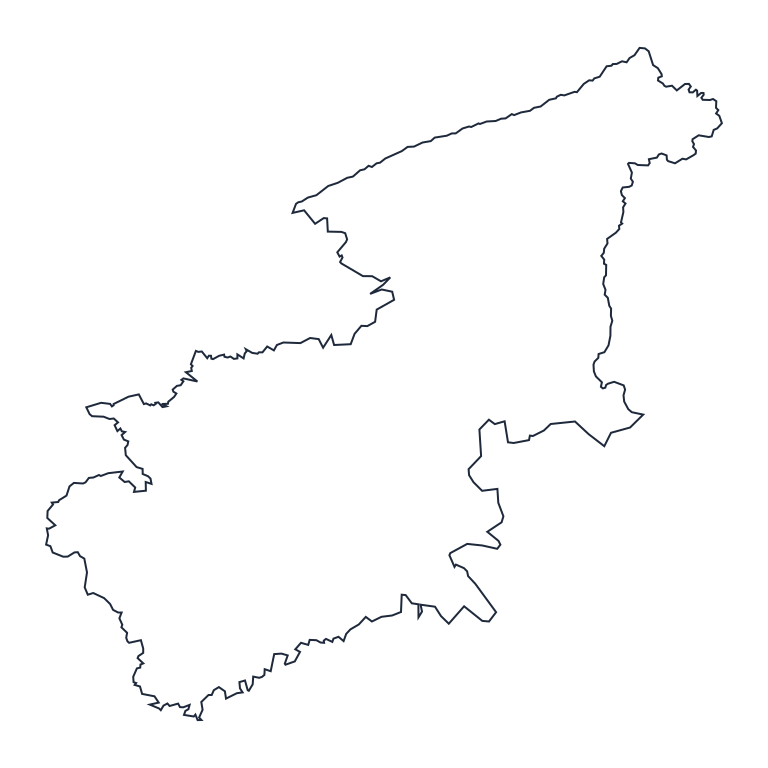 outline of Namakwa, Northern Cape, South Africa, rotated 90°
{"feature_id": "47623444B2552562251298", "entity_name": "Namakwa", "entity_type": "district", "adm_level": 2, "iso_a3": "ZAF", "parent_name": "South Africa", "parent_adm1": "Northern Cape", "projection": "albers", "projection_center": [17.588, -30.489], "detail": "fine", "context": "isolated", "style": "outline", "palette": "slate", "viewbox_px": 768, "rotation_deg": 90, "n_neighbors": 0, "source": "geoboundaries", "source_scale": "gbopen_adm2", "svg_char_len": 6076}
<svg xmlns="http://www.w3.org/2000/svg" viewBox="0 0 768 768"><g transform="rotate(90 384 384)"><path d="M511.0,720.4L518.0,720.7L525.3,712.7L528.7,719.0L528.4,721.2L535.3,719.9L544.6,721.9L546.2,717.6L552.5,715.3L556.7,704.8L556.6,700.3L552.4,693.5L552.2,690.2L556.1,688.0L558.6,683.7L572.4,681.0L587.4,683.3L594.7,680.2L593.0,674.8L598.1,663.9L604.0,657.9L609.9,654.9L612.5,649.9L612.5,646.4L618.3,648.6L624.8,645.7L627.3,646.6L632.8,640.9L637.8,641.8L641.4,640.5L642.8,638.9L640.2,627.1L648.5,624.8L652.9,624.8L656.1,629.6L658.1,630.4L663.4,624.7L664.5,627.5L667.6,627.8L668.4,631.1L676.8,634.8L682.2,634.4L683.0,631.9L684.9,633.3L686.5,628.0L693.9,625.9L696.3,613.5L702.6,609.3L704.6,618.2L708.5,608.9L710.2,607.2L705.6,604.5L703.5,600.6L706.0,598.4L703.6,589.9L707.1,588.0L707.3,584.7L704.9,578.4L709.2,579.6L710.9,582.6L714.9,584.0L716.5,574.2L714.6,572.6L720.1,570.4L720.0,566.6L717.5,568.9L709.8,565.4L702.0,566.7L695.0,559.5L695.0,556.3L690.2,554.2L687.1,549.1L691.3,543.1L698.6,542.0L693.2,531.1L692.4,525.4L688.4,528.0L682.1,528.6L680.5,523.0L690.2,520.3L690.8,519.2L684.3,515.3L676.6,514.8L677.8,508.8L676.9,506.0L674.9,503.6L669.2,503.3L671.2,497.3L654.1,493.8L653.6,486.6L655.4,480.3L663.7,483.2L664.7,482.5L661.4,473.2L651.9,468.0L649.3,472.7L642.8,467.0L644.9,459.8L639.9,458.3L640.2,451.6L642.5,447.5L642.8,443.9L640.6,444.2L638.9,442.0L641.9,435.7L638.6,434.5L636.8,429.5L641.1,424.4L633.9,421.8L629.4,417.6L624.4,409.1L616.9,402.2L621.5,396.1L616.8,386.5L615.5,375.9L612.0,367.0L594.7,366.3L595.1,362.3L603.3,356.2L604.3,349.6L617.3,349.5L611.6,346.0L604.7,347.4L606.7,333.0L616.1,327.0L623.7,319.2L606.3,303.9L620.9,285.7L621.5,279.0L612.2,271.9L583.8,292.7L576.1,299.9L571.3,300.9L568.1,304.1L564.6,312.1L566.9,313.5L555.2,318.6L553.1,317.7L543.9,300.8L545.5,285.6L548.8,270.8L544.7,267.6L540.9,269.5L531.8,280.7L522.3,266.4L516.3,264.6L502.8,269.7L488.9,270.6L490.8,285.9L482.2,294.5L475.2,298.9L469.2,299.4L456.1,286.9L429.5,288.6L419.7,279.1L424.1,273.2L421.3,263.4L442.3,260.0L443.0,254.3L440.1,239.0L435.6,238.1L436.0,235.1L430.5,224.1L424.0,217.3L421.5,193.0L434.2,179.3L446.2,163.7L432.8,157.0L427.5,137.9L414.6,124.8L412.2,136.2L409.2,139.7L401.6,143.8L395.3,144.5L389.6,142.9L385.4,144.3L381.8,153.9L383.7,160.0L385.0,161.9L387.7,162.7L388.4,165.1L386.8,167.1L382.3,166.1L376.4,172.1L371.4,174.1L364.6,174.5L361.5,173.4L357.9,169.7L354.0,169.4L352.2,163.6L345.4,159.5L335.8,157.6L326.7,157.5L320.8,155.7L315.8,157.1L308.6,156.9L305.8,158.7L297.8,160.2L294.7,163.3L289.8,162.5L284.0,164.8L277.3,163.8L275.3,162.0L264.9,161.8L263.7,164.0L259.6,163.8L255.9,166.7L252.8,164.2L248.7,163.8L243.4,160.5L238.9,160.9L232.7,152.1L229.0,148.7L225.7,149.0L223.6,145.8L222.4,147.0L212.0,144.6L207.3,144.9L203.5,142.5L201.3,145.2L198.1,143.1L195.1,146.1L191.2,147.1L187.5,145.3L186.8,138.8L185.5,136.3L181.8,135.1L178.6,137.2L172.6,136.1L163.9,140.0L162.9,139.0L163.3,133.1L165.0,130.2L165.4,119.9L163.1,118.3L159.2,119.1L157.6,111.1L154.5,109.2L153.5,106.4L155.4,101.4L159.7,101.1L161.1,99.9L163.3,93.0L158.7,85.5L159.4,81.9L155.2,74.5L153.6,72.3L150.5,72.0L146.9,75.0L144.1,74.0L141.2,75.7L139.2,75.4L135.3,69.3L137.0,59.2L136.4,56.3L129.9,54.3L128.4,50.8L123.2,46.1L115.8,48.7L113.5,51.9L110.1,49.7L107.8,52.0L101.2,51.7L99.0,55.0L100.0,58.0L99.8,65.3L97.8,66.6L94.7,64.3L93.0,64.5L92.9,66.8L96.0,70.6L90.6,70.9L89.7,72.1L92.4,75.2L92.3,78.5L89.6,79.4L86.5,77.2L83.9,79.1L84.0,83.0L90.4,91.2L85.7,96.0L86.7,101.9L85.8,103.6L83.5,105.1L80.5,110.0L77.7,109.7L76.3,106.2L74.2,106.4L68.1,110.2L65.1,114.9L51.3,119.3L48.4,123.0L47.9,128.4L55.2,133.5L58.0,138.4L62.3,141.4L61.3,146.0L63.9,151.2L64.1,155.3L65.7,156.5L66.3,161.4L76.7,168.3L78.4,173.7L80.6,175.4L80.3,178.8L83.9,184.2L92.2,191.1L91.8,193.4L95.4,203.7L94.8,207.2L96.7,211.2L98.3,212.0L99.8,218.8L106.5,227.4L107.8,234.0L110.8,238.0L112.4,246.9L115.1,253.9L114.1,256.2L118.4,262.4L118.7,266.9L121.0,272.3L121.5,281.3L124.0,288.1L123.4,289.4L127.0,296.8L126.5,299.0L128.5,305.5L133.4,312.3L133.4,316.2L135.7,321.2L137.6,333.3L141.1,337.2L142.5,345.4L146.6,354.0L146.9,360.4L151.1,366.2L158.5,382.7L162.7,388.0L163.3,391.4L167.0,396.1L165.8,399.4L169.3,403.5L170.3,407.9L176.6,415.1L177.8,420.8L182.8,430.2L186.0,439.8L195.2,451.6L197.6,460.2L201.5,466.2L202.3,469.8L203.9,472.0L212.9,475.4L210.3,463.9L223.8,452.9L218.1,444.3L218.4,440.9L231.6,440.2L231.9,426.6L233.2,422.8L239.3,420.9L242.0,422.0L252.3,430.7L256.6,428.4L255.4,426.3L257.5,425.5L262.0,427.9L263.4,426.7L276.1,405.1L276.2,395.8L281.3,387.0L277.4,377.7L284.8,384.9L293.9,397.9L289.5,386.3L291.7,375.8L299.8,373.9L309.6,391.3L321.8,392.9L326.1,400.7L325.8,406.6L333.8,413.4L344.2,417.3L345.0,433.9L335.0,436.7L347.7,444.9L339.1,449.3L338.0,457.9L343.1,467.6L342.5,484.6L345.0,491.1L350.4,494.1L346.5,500.8L352.3,505.5L352.3,509.1L353.7,510.4L352.9,515.8L349.2,522.2L351.2,521.3L353.4,523.2L358.4,524.4L354.4,530.6L358.4,530.6L358.9,534.1L356.5,537.6L357.5,540.3L356.8,543.5L354.6,543.9L355.8,548.9L359.1,554.9L358.7,556.6L355.8,557.0L355.7,559.1L358.2,560.8L351.5,566.2L351.9,569.7L350.9,572.1L364.3,577.1L366.0,575.4L367.8,576.8L371.0,576.2L372.2,582.1L381.5,570.6L378.4,584.6L379.9,586.6L381.3,584.6L385.2,587.3L385.9,591.1L389.6,595.3L391.7,594.6L393.5,591.6L396.9,593.9L401.7,599.7L403.8,600.1L404.0,606.3L406.3,601.5L407.1,605.5L402.4,609.7L402.8,612.6L403.7,612.1L405.3,614.3L404.3,616.8L405.4,617.8L403.4,621.9L404.1,624.1L394.4,629.2L396.7,639.5L404.0,654.4L405.3,654.4L406.4,656.1L403.9,657.9L402.8,666.9L407.3,681.7L414.1,678.4L416.2,675.9L416.7,664.4L419.0,658.5L418.5,654.2L422.4,650.0L425.2,653.4L431.1,650.6L428.5,647.6L431.3,646.2L432.0,642.9L435.1,646.4L439.6,644.1L441.4,639.7L445.1,640.5L447.8,642.9L455.2,642.2L467.1,631.4L468.9,625.4L474.0,625.3L476.2,620.0L478.6,617.5L483.9,616.5L482.0,622.3L490.7,622.1L491.9,634.0L487.5,632.8L481.3,639.2L482.0,643.3L477.5,648.7L471.5,645.3L473.2,659.8L476.0,667.2L475.0,669.0L477.5,674.6L477.9,679.1L482.4,682.5L483.5,685.0L482.9,694.1L486.4,698.5L495.6,701.5L500.2,708.9L502.0,709.8L502.6,716.2L504.5,715.0L511.0,720.4Z" fill="none" stroke="#1e293b" stroke-width="2"/></g></svg>